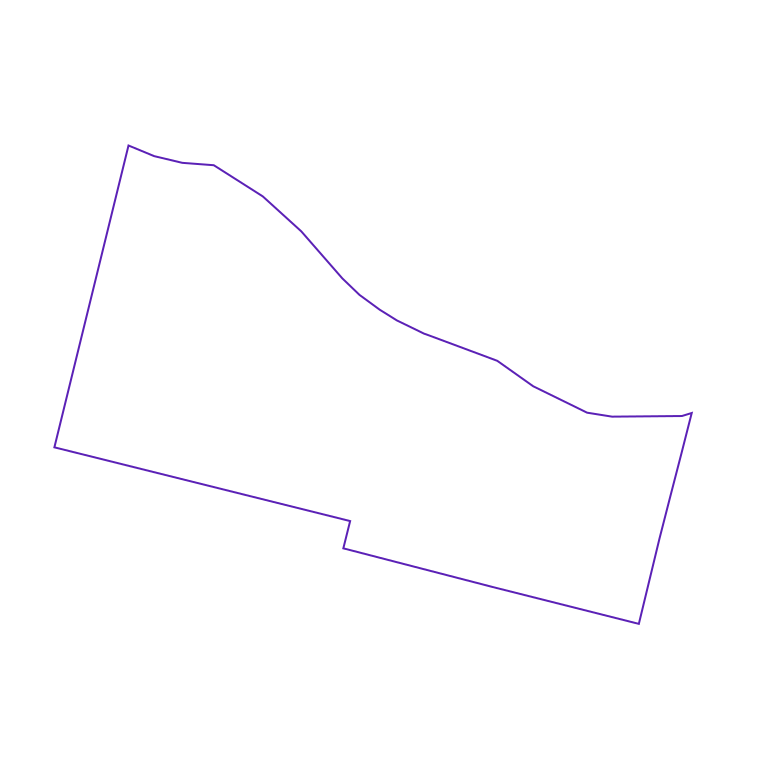 Ozaukee, Wisconsin, United States of America (Albers equal-area conic projection), rotated 284°
{"feature_id": "52423323B14117814854562", "entity_name": "Ozaukee", "entity_type": "district", "adm_level": 2, "iso_a3": "USA", "parent_name": "United States of America", "parent_adm1": "Wisconsin", "projection": "albers", "projection_center": [-87.914, 43.368], "detail": "fine", "context": "isolated", "style": "outline", "palette": "violet", "viewbox_px": 768, "rotation_deg": 284, "n_neighbors": 0, "source": "geoboundaries", "source_scale": "gbopen_adm2", "svg_char_len": 500}
<svg xmlns="http://www.w3.org/2000/svg" viewBox="0 0 768 768"><g transform="rotate(284 384 384)"><path d="M212.9,689.3L300.8,688.7L345.1,689.0L388.6,689.4L389.0,689.4L430.3,689.6L425.0,680.8L407.5,613.2L405.3,588.0L417.9,529.3L433.9,488.3L442.4,412.6L442.5,410.9L448.8,381.1L455.0,362.0L464.5,338.7L476.4,318.0L512.1,266.8L536.7,221.0L555.1,165.9L549.8,134.8L549.5,105.8L553.6,78.4L242.8,79.5L242.8,384.3L214.7,384.3L213.3,538.3L212.9,689.3Z" fill="none" stroke="#5b21b6" stroke-width="2"/></g></svg>